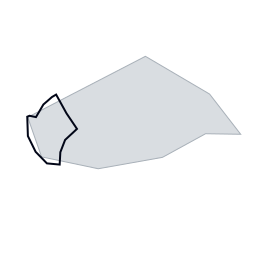 Saint Patrick on a map of Grenada (Albers equal-area conic projection), rotated 236°
{"feature_id": "GRD-5075", "entity_name": "Saint Patrick", "entity_type": "Parish", "adm_level": 1, "iso_a3": "GRD", "parent_name": "Grenada", "parent_adm1": "", "projection": "albers", "projection_center": [-61.638, 12.208], "detail": "fine", "context": "in_parent", "style": "outline", "palette": "ink", "viewbox_px": 256, "rotation_deg": 236, "n_neighbors": 0, "source": "natural_earth", "source_scale": "10m", "svg_char_len": 495}
<svg xmlns="http://www.w3.org/2000/svg" viewBox="0 0 256 256"><g transform="rotate(236 128 128)"><path d="M110.5,214.6L59.8,217.9L79.9,189.1L84.4,140.2L110.9,80.5L152.4,40.2L193.0,50.9L177.7,182.5L110.5,214.6Z" fill="#d9dde1" stroke="#a8b0b8" stroke-width="1"/><path d="M135.9,50.9L144.0,41.0L159.9,38.1L177.3,40.5L193.7,50.8L193.2,53.2L188.5,57.8L194.8,71.0L196.2,82.3L195.9,87.1L174.5,85.2L155.8,85.2L153.3,69.2L145.8,58.4L135.9,50.9Z" fill="none" stroke="#020617" stroke-width="2"/></g></svg>